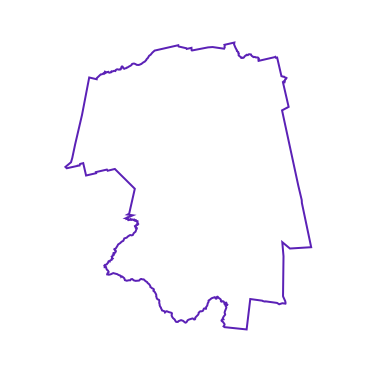 the district of Rotorua District, Bay of Plenty, New Zealand, rotated 347°
{"feature_id": "76426892B632863576138", "entity_name": "Rotorua District", "entity_type": "district", "adm_level": 2, "iso_a3": "NZL", "parent_name": "New Zealand", "parent_adm1": "Bay of Plenty", "projection": "natural_earth1", "projection_center": [176.197, -38.253], "detail": "fine", "context": "isolated", "style": "outline", "palette": "violet", "viewbox_px": 384, "rotation_deg": 347, "n_neighbors": 0, "source": "geoboundaries", "source_scale": "gbopen_adm2", "svg_char_len": 5940}
<svg xmlns="http://www.w3.org/2000/svg" viewBox="0 0 384 384"><g transform="rotate(347 192 192)"><path d="M90.8,253.2L92.4,253.9L94.3,253.9L97.0,253.3L100.8,255.3L101.7,256.3L103.1,257.1L103.4,257.6L103.5,258.1L104.0,258.4L104.0,258.7L104.6,258.4L105.5,259.3L106.6,260.8L106.8,262.8L108.5,263.8L110.7,263.8L112.0,264.1L112.7,263.4L113.8,263.3L114.2,263.4L115.4,265.0L117.1,265.9L120.5,266.4L121.9,265.5L122.6,265.3L123.2,265.4L123.8,265.9L125.3,266.3L126.7,268.4L128.0,269.7L128.3,270.7L129.5,272.2L130.0,273.5L130.2,274.4L130.1,275.3L131.0,276.1L131.3,276.7L132.6,277.7L132.9,278.2L132.8,279.0L132.2,279.6L133.3,281.2L134.0,283.8L134.0,284.5L133.6,285.7L133.8,286.3L133.7,287.3L134.2,288.7L135.5,289.6L135.7,290.8L135.1,292.7L135.2,294.1L135.0,295.2L135.2,296.6L135.7,297.5L135.7,298.6L136.1,299.7L136.1,300.6L138.3,302.0L138.6,303.3L140.0,302.5L140.6,302.5L142.4,303.8L144.5,304.9L145.1,305.5L145.1,306.1L144.4,307.4L144.4,308.3L144.6,308.6L144.6,309.3L145.2,310.7L146.4,312.3L147.1,314.7L147.7,315.1L149.0,315.4L149.8,314.8L152.5,314.4L154.3,315.5L155.8,317.5L156.5,317.9L157.7,317.3L158.9,316.0L160.3,315.6L164.0,315.3L164.4,315.5L165.4,316.7L166.2,316.7L166.6,316.3L166.8,315.4L167.3,314.9L170.4,312.9L171.1,312.0L171.3,311.2L172.5,310.4L173.3,310.1L174.3,310.4L175.7,310.3L176.6,309.4L177.2,308.5L177.7,308.2L178.4,308.3L179.1,308.9L179.4,308.9L179.9,307.3L181.3,306.1L182.3,304.0L183.5,302.7L183.6,301.7L183.9,301.4L185.2,301.0L186.4,300.3L187.6,299.9L190.5,299.6L190.9,299.9L190.9,300.7L191.1,301.1L191.5,301.4L191.9,301.4L192.2,301.2L192.7,299.9L193.1,299.7L193.5,299.9L194.1,301.1L195.6,302.8L195.9,303.8L195.6,304.8L195.9,305.4L196.4,305.6L197.4,305.3L198.1,305.8L198.5,306.7L198.6,307.4L198.4,308.2L198.6,308.6L199.0,308.5L199.6,307.5L200.4,307.5L200.6,308.0L200.5,308.9L201.1,309.8L200.8,310.1L199.6,309.9L199.1,310.2L199.1,310.4L199.5,311.9L199.4,312.5L197.2,315.7L196.6,317.0L196.8,318.4L196.7,319.0L194.9,320.4L193.4,322.2L193.4,322.6L193.9,322.8L194.0,323.2L192.6,323.2L191.9,323.7L191.9,324.3L193.1,325.8L194.0,328.2L193.7,328.9L192.5,330.0L193.3,331.0L214.3,338.2L224.7,309.4L236.0,313.7L236.5,314.2L238.5,315.2L239.1,315.1L249.9,319.2L251.7,321.0L255.0,320.7L257.9,321.8L258.2,321.3L258.3,319.4L257.3,314.5L257.3,313.8L266.7,275.2L268.7,261.2L274.7,269.1L295.7,272.6L296.6,227.4L297.1,224.5L297.0,209.8L298.1,132.7L305.3,130.8L305.3,105.3L306.0,104.9L306.9,105.8L307.1,105.5L306.8,105.0L307.0,104.9L306.9,104.6L307.5,104.4L307.8,103.7L308.8,103.1L309.7,102.2L309.2,101.7L308.3,101.3L307.7,100.4L307.0,100.3L306.6,99.9L306.0,99.8L305.7,99.6L305.4,99.0L305.2,99.0L305.2,80.2L304.1,80.2L304.0,79.6L303.6,79.0L303.2,79.2L286.6,79.2L286.9,78.4L286.5,78.1L286.9,77.7L286.8,77.3L287.1,77.0L286.7,76.0L285.7,75.5L284.6,75.3L283.6,74.5L282.5,74.5L282.0,74.2L281.8,73.7L281.0,73.0L280.4,71.9L280.4,71.3L279.3,70.8L278.4,70.6L277.2,71.2L276.8,70.8L276.2,70.6L275.5,71.1L275.1,71.0L273.6,71.8L273.1,72.4L272.8,72.6L272.0,72.8L271.5,72.5L270.9,72.7L270.1,72.4L270.0,72.2L270.2,71.8L269.3,70.9L268.2,69.4L268.3,68.6L268.8,67.8L268.8,67.4L268.3,66.9L268.5,65.9L267.5,64.8L267.7,64.0L267.3,63.4L267.2,62.4L266.8,61.2L266.2,57.6L266.9,55.9L256.7,55.9L256.8,56.9L256.4,57.7L256.4,58.5L255.5,59.6L244.7,55.4L240.2,54.7L223.8,54.1L223.5,53.7L223.9,51.4L219.0,51.4L218.9,50.7L211.7,47.2L211.5,46.5L211.6,45.9L187.4,45.8L184.7,47.3L182.5,49.0L180.9,49.6L178.8,51.8L178.3,51.9L177.3,52.7L177.0,53.3L176.5,53.5L175.4,54.3L173.6,54.8L171.3,55.9L170.6,55.9L169.7,56.2L168.5,56.2L166.8,55.7L166.3,55.3L165.8,54.7L164.4,53.8L163.3,53.7L162.2,53.9L161.8,54.5L160.6,55.1L159.0,55.5L157.0,56.2L156.5,56.1L155.9,56.5L154.4,56.5L153.7,56.7L153.1,56.2L152.8,54.8L152.3,54.5L152.3,54.0L152.0,53.9L151.4,54.3L151.1,55.2L150.7,55.4L150.4,56.1L150.0,56.5L149.5,56.5L149.1,56.2L148.4,56.4L147.0,55.7L146.5,55.6L145.4,55.9L144.5,56.9L143.5,56.4L142.0,56.6L141.2,56.6L140.8,56.3L140.6,56.4L140.3,57.1L139.7,57.2L139.4,57.0L138.5,57.2L137.6,56.7L137.4,56.1L136.7,56.2L136.3,56.0L135.5,56.2L135.0,55.8L134.9,56.4L134.3,56.7L133.7,56.4L133.4,56.6L133.4,56.3L133.0,56.8L132.6,56.5L132.3,56.9L131.9,56.7L130.4,57.1L129.5,56.9L124.9,59.6L124.5,60.7L117.6,57.3L102.2,92.1L88.8,119.4L83.0,131.9L80.8,135.8L74.3,139.1L75.3,140.7L86.7,140.8L86.7,140.6L87.0,140.6L88.4,140.9L89.3,139.5L92.5,139.4L92.5,152.1L102.8,152.1L102.8,151.0L114.1,151.0L114.6,152.3L122.0,152.2L137.0,176.0L125.9,199.0L124.2,199.5L129.1,201.4L121.5,202.7L121.9,202.9L122.3,202.7L122.1,203.5L122.6,203.5L122.9,203.2L123.0,203.6L123.3,203.6L123.2,204.1L123.5,204.8L124.0,204.5L124.2,204.9L124.5,204.8L124.9,205.1L125.6,204.7L125.7,205.2L126.3,205.5L126.5,205.5L126.7,205.0L126.9,205.1L127.2,205.6L127.4,205.6L127.5,205.3L128.5,205.7L128.7,206.1L129.5,206.0L129.5,206.7L130.1,207.3L130.4,207.2L130.3,206.5L131.1,206.9L131.3,208.0L131.5,208.3L132.3,208.2L132.3,208.4L131.9,208.9L132.2,209.3L131.7,210.4L132.3,210.8L132.4,211.1L131.5,211.8L130.6,211.4L129.7,212.1L128.7,212.4L128.7,212.5L129.2,212.6L129.4,212.8L129.7,213.8L129.1,214.0L129.1,214.5L129.3,214.7L129.7,214.5L130.1,214.9L129.8,215.3L129.8,215.5L129.3,215.9L128.1,217.9L126.0,219.0L124.6,220.6L123.5,220.7L122.3,220.1L121.7,220.1L119.5,220.9L118.1,221.8L115.6,222.0L114.1,224.1L112.2,224.6L110.6,225.6L108.2,226.5L107.4,227.5L105.0,229.9L104.0,230.2L102.9,229.8L103.5,230.4L103.9,231.7L104.5,232.2L104.5,232.6L104.1,233.0L103.7,233.7L102.8,233.9L102.5,233.8L101.8,233.8L101.6,234.3L102.4,234.4L102.3,234.8L101.7,235.1L101.6,235.7L100.5,235.9L100.5,236.3L99.9,236.7L99.3,236.9L99.4,237.2L99.3,237.6L99.6,238.7L99.8,239.0L99.4,239.2L98.9,238.9L98.5,239.4L98.4,240.0L97.0,240.3L96.6,240.7L96.0,240.7L96.0,241.1L95.1,240.8L94.6,241.4L94.4,242.0L93.2,242.7L92.7,243.3L92.2,243.5L90.9,243.4L90.0,244.0L90.1,244.7L90.5,244.7L90.6,245.1L90.4,245.3L90.6,245.4L90.4,245.7L91.3,245.9L91.4,247.9L91.8,248.9L92.4,249.6L92.4,249.9L92.8,250.8L92.8,251.1L92.5,251.6L91.6,252.0L90.9,252.9L90.8,253.2Z" fill="none" stroke="#5b21b6" stroke-width="2"/></g></svg>